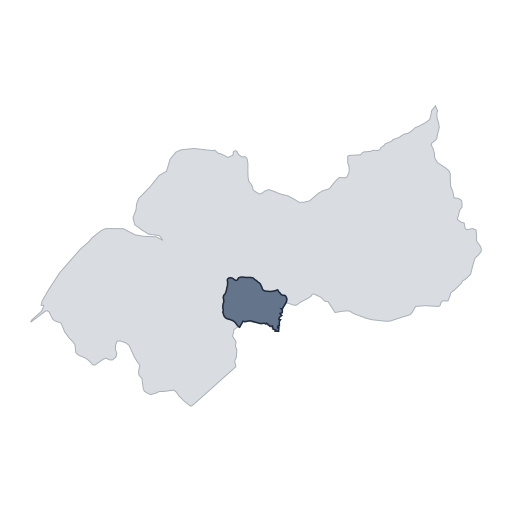 location of VIII-1 Ireng/Upper Potaro, Potaro-Siparuni, Guyana, rotated 270°
{"feature_id": "73187651B95779409673376", "entity_name": "VIII-1 Ireng/Upper Potaro", "entity_type": "district", "adm_level": 2, "iso_a3": "GUY", "parent_name": "Guyana", "parent_adm1": "Potaro-Siparuni", "projection": "orthographic", "projection_center": [-59.613, 4.894], "detail": "fine", "context": "in_parent", "style": "filled", "palette": "slate", "viewbox_px": 512, "rotation_deg": 270, "n_neighbors": 0, "source": "geoboundaries", "source_scale": "gbopen_adm2", "svg_char_len": 6385}
<svg xmlns="http://www.w3.org/2000/svg" viewBox="0 0 512 512"><g transform="rotate(270 256 256)"><path d="M145.3,235.9L132.4,221.4L119.4,206.9L106.7,192.6L105.8,190.6L111.2,183.8L116.0,179.0L120.0,176.2L121.9,173.8L120.5,163.3L120.5,159.5L118.7,155.4L117.4,150.8L119.0,147.0L120.9,144.3L123.4,143.3L129.4,142.4L133.6,142.0L135.1,140.4L137.5,138.7L140.7,138.6L147.0,139.8L149.8,137.5L155.0,134.4L166.7,129.0L169.3,125.5L171.1,120.0L170.9,117.4L169.7,116.5L166.9,115.6L162.4,115.4L158.9,116.8L155.2,116.1L152.2,112.7L152.0,109.9L153.8,106.0L152.8,103.3L147.0,95.0L147.1,92.8L151.3,89.0L153.7,85.9L157.0,78.3L159.6,75.8L167.6,74.9L169.7,73.3L173.8,69.3L180.0,64.7L188.8,61.1L191.4,54.4L192.9,52.6L200.0,49.1L201.2,47.3L201.0,45.6L189.8,30.7L192.0,31.7L200.7,41.5L205.6,43.6L206.6,43.6L206.6,41.1L211.1,42.2L222.6,48.8L239.4,59.8L263.0,80.5L269.8,88.4L274.3,92.2L281.4,101.2L283.4,105.6L283.3,123.3L277.1,135.2L275.6,144.2L275.2,156.1L271.6,163.0L276.4,159.3L277.9,148.5L282.0,141.9L287.3,134.7L294.4,133.0L302.0,136.0L308.2,136.6L313.6,138.7L325.2,150.1L336.6,159.2L340.7,166.5L352.7,170.1L359.8,175.8L362.1,180.8L363.5,193.8L361.3,213.5L362.0,214.4L358.7,218.3L358.2,220.8L356.1,225.2L354.5,227.5L356.8,233.0L359.6,233.2L360.6,233.9L361.3,235.0L361.1,236.1L360.1,237.2L357.5,238.5L355.1,241.6L355.3,245.1L353.8,246.9L348.8,247.9L339.1,247.9L334.4,248.1L330.6,248.8L328.1,251.0L324.9,252.6L322.4,252.9L320.2,255.6L318.0,259.3L318.7,261.8L321.0,265.1L322.4,268.6L320.6,274.2L318.7,278.5L317.6,281.8L316.1,288.1L312.3,295.1L309.7,299.1L309.7,303.4L311.1,309.5L318.7,318.4L321.2,322.6L323.3,329.5L330.2,334.8L334.5,339.2L334.2,344.9L334.7,346.7L337.4,348.1L340.7,349.2L344.3,349.1L347.5,348.6L348.3,347.8L355.7,347.7L356.6,349.1L357.0,357.4L357.3,360.7L359.1,362.1L360.2,364.1L360.2,366.0L360.6,370.6L361.7,373.1L361.5,378.0L362.3,379.8L364.4,381.0L367.0,384.6L368.0,385.0L368.5,386.2L370.7,391.3L371.9,392.8L372.6,393.0L373.0,394.7L374.6,399.4L375.7,400.6L377.8,404.0L378.6,407.8L381.4,412.1L384.2,415.0L385.5,418.1L389.1,425.0L392.6,429.8L397.3,431.0L401.3,431.6L403.8,433.5L406.2,435.5L403.6,436.4L401.2,437.6L398.0,436.7L393.5,437.2L388.8,438.6L384.5,439.3L376.4,437.2L373.9,436.9L372.2,436.0L368.8,431.7L367.2,431.2L362.9,433.2L357.6,434.6L355.0,434.4L352.0,435.8L349.2,437.7L343.8,446.0L341.1,449.0L338.1,450.3L332.1,450.3L325.8,450.6L321.0,452.6L316.5,453.7L314.3,453.8L313.5,458.3L312.5,460.4L311.1,461.7L307.6,462.0L304.5,461.9L302.6,460.0L299.1,459.0L296.0,458.4L294.0,457.3L292.3,457.6L291.0,459.5L289.9,461.1L289.0,464.1L284.2,465.0L282.2,466.7L283.4,472.3L282.8,474.5L281.9,476.1L276.1,476.5L271.3,476.4L268.5,478.4L265.0,480.8L262.8,481.3L260.4,481.1L257.0,478.4L253.8,475.0L245.8,472.6L237.7,470.6L232.5,465.2L231.2,462.5L228.7,461.3L222.5,454.9L219.1,450.8L215.3,449.7L211.0,447.9L211.2,444.9L210.9,442.0L209.1,440.9L206.5,440.1L205.5,438.5L205.8,434.7L206.3,424.9L205.6,415.6L199.8,412.3L197.3,410.1L193.0,396.3L190.9,390.1L190.8,385.4L192.3,371.6L193.9,365.7L198.4,353.7L200.9,349.6L201.1,346.6L200.8,342.7L199.5,335.0L207.0,330.2L210.3,328.1L210.8,324.9L214.8,320.8L216.6,316.9L218.1,313.8L217.7,312.2L215.9,311.2L213.9,308.3L209.5,299.9L208.0,298.2L206.6,295.8L207.3,292.1L209.0,288.0L208.8,286.3L206.2,284.2L200.8,280.5L196.4,280.3L192.9,278.9L187.9,278.8L183.8,278.3L181.5,277.0L182.0,274.8L183.0,273.0L186.4,268.8L188.7,264.3L189.0,259.9L189.7,254.0L190.7,249.0L191.2,243.3L185.9,239.5L184.2,236.4L182.0,233.7L179.6,233.7L175.9,232.5L170.2,236.1L165.7,235.4L162.6,236.8L155.4,236.5L150.9,234.7L145.3,235.9Z" fill="#d9dde1" stroke="#a8b0b8" stroke-width="1"/><path d="M216.5,223.6L216.3,223.6L215.8,223.6L215.0,223.3L214.3,223.1L213.7,223.5L213.1,223.5L211.6,223.7L211.1,223.8L210.5,223.8L209.5,223.6L208.9,223.4L208.3,223.2L207.7,223.0L207.0,222.9L206.4,222.8L205.8,222.8L205.1,222.8L204.4,222.8L203.6,222.9L202.8,223.1L202.1,223.3L201.5,223.3L200.9,223.1L200.2,222.8L199.5,222.8L198.9,223.2L198.1,223.4L197.5,223.5L196.7,223.8L195.8,224.1L195.4,224.6L194.8,225.0L194.3,225.3L194.0,226.0L193.4,226.6L193.2,227.3L193.1,227.9L192.8,228.4L192.7,229.0L192.6,229.6L192.4,230.3L192.1,230.8L191.9,231.4L191.7,232.1L191.4,232.7L191.1,233.2L190.7,233.8L190.3,234.4L189.9,234.8L189.4,235.3L188.8,235.7L188.3,236.2L187.7,236.6L187.0,237.0L186.5,237.4L185.7,238.3L184.7,239.4L184.8,239.7L190.9,243.1L190.2,244.7L191.3,250.0L188.3,260.9L188.8,264.4L188.0,265.7L188.8,266.7L185.8,269.9L186.0,272.4L182.8,273.1L182.0,275.6L180.8,275.2L180.7,278.6L184.2,278.9L184.0,277.9L185.0,277.6L185.1,278.5L186.4,278.3L186.3,279.4L190.4,279.3L192.3,280.5L192.5,278.8L194.7,279.4L196.5,281.8L198.5,280.0L199.3,282.2L202.1,282.4L203.2,281.2L203.2,282.4L210.1,286.4L210.6,286.6L210.9,286.4L212.5,287.0L213.2,286.8L213.7,286.7L214.2,286.6L214.7,286.3L215.3,286.1L215.8,285.8L216.1,285.3L216.5,285.0L216.7,284.4L216.7,283.9L216.7,283.4L216.7,282.8L217.0,282.2L217.3,281.6L217.6,281.2L218.1,280.7L218.6,280.3L219.2,279.9L219.6,279.5L219.9,279.1L220.3,278.6L220.8,278.4L221.6,278.0L222.1,277.7L222.2,277.2L221.8,276.7L221.5,275.7L221.3,275.1L221.1,274.4L220.9,273.8L220.9,273.2L220.8,272.6L220.7,272.0L220.6,271.3L220.5,270.8L220.5,270.3L220.6,269.7L220.6,269.1L220.7,268.3L220.7,267.7L220.8,267.1L220.9,266.3L220.9,265.5L221.1,264.9L221.4,264.2L221.6,263.6L222.0,263.1L222.6,262.7L223.2,262.4L223.9,262.1L224.6,261.9L225.3,261.7L226.2,261.2L226.9,260.8L227.5,260.6L228.2,260.2L228.8,259.6L229.3,259.0L229.6,258.5L230.0,257.9L230.5,257.5L230.9,257.0L231.4,256.4L231.8,255.9L232.0,255.4L232.5,254.7L233.0,254.2L233.6,253.6L234.0,253.2L234.2,252.6L234.3,252.0L234.4,251.3L234.5,250.7L234.6,250.0L234.6,249.2L234.6,248.6L234.6,247.9L234.5,247.2L234.6,245.7L234.7,245.0L234.7,244.5L234.7,243.8L234.9,243.0L235.0,242.3L235.0,241.6L234.9,240.9L234.7,240.4L234.6,239.8L234.4,239.2L234.1,238.6L233.7,238.2L233.0,237.9L232.5,237.6L232.1,237.2L231.8,236.8L231.6,236.2L231.8,235.5L232.0,234.9L232.5,234.2L232.9,233.7L233.3,233.2L233.7,232.5L234.0,232.0L234.1,231.4L234.2,230.9L234.3,230.3L234.2,229.6L234.1,229.0L233.7,228.5L233.2,227.9L232.8,227.5L232.3,227.3L231.6,227.3L230.9,227.4L230.3,227.5L229.6,227.7L229.1,227.6L228.4,227.6L227.9,227.6L227.0,227.5L226.2,227.4L225.5,227.2L224.8,227.0L224.1,226.8L223.5,226.7L222.7,226.6L222.0,226.5L221.5,226.3L220.8,226.1L220.1,225.9L219.4,225.7L218.9,225.4L218.2,225.1L217.7,224.9L217.2,224.2L216.5,223.6Z" fill="#64748b" stroke="#1e293b" stroke-width="1.5"/></g></svg>